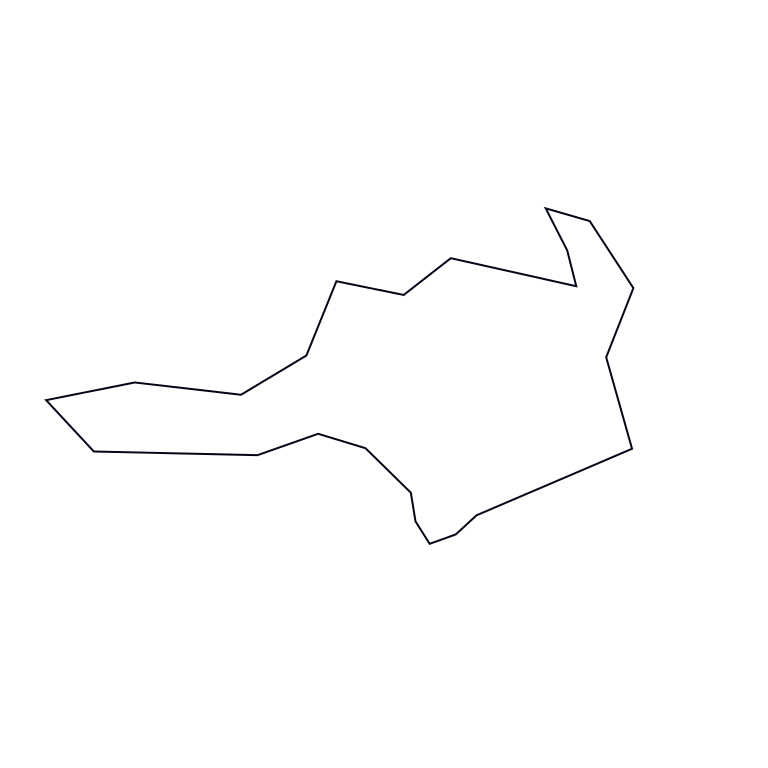 an SVG outline of Chişinău, rotated 318°
{"feature_id": "MDA-1627", "entity_name": "Chişinău", "entity_type": "City", "adm_level": 1, "iso_a3": "MDA", "parent_name": "Moldova", "parent_adm1": "", "projection": "albers", "projection_center": [28.832, 47.05], "detail": "fine", "context": "isolated", "style": "outline", "palette": "ink", "viewbox_px": 768, "rotation_deg": 318, "n_neighbors": 0, "source": "natural_earth", "source_scale": "10m", "svg_char_len": 454}
<svg xmlns="http://www.w3.org/2000/svg" viewBox="0 0 768 768"><g transform="rotate(318 384 384)"><path d="M417.4,275.8L458.2,331.0L517.8,335.2L592.3,440.0L609.5,407.4L621.7,361.7L645.9,400.6L633.5,479.6L567.0,512.8L525.0,598.1L365.0,543.5L336.7,543.8L311.0,533.3L315.5,507.1L331.2,482.8L327.3,419.4L301.7,376.9L242.3,352.2L123.2,240.0L122.1,169.9L199.7,216.0L270.5,296.3L345.4,310.9L417.4,275.8Z" fill="none" stroke="#020617" stroke-width="2"/></g></svg>